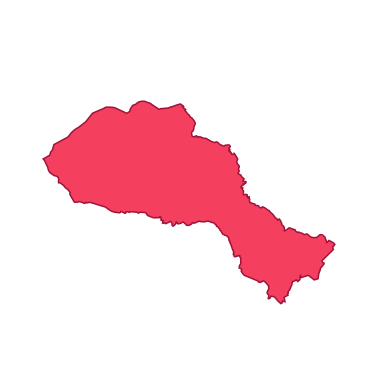 Posaga, Alba, Romania, rotated 17°
{"feature_id": "2599482B27316510351450", "entity_name": "Posaga", "entity_type": "district", "adm_level": 2, "iso_a3": "ROU", "parent_name": "Romania", "parent_adm1": "Alba", "projection": "mercator", "projection_center": [23.36, 46.459], "detail": "fine", "context": "isolated", "style": "filled", "palette": "rose", "viewbox_px": 384, "rotation_deg": 17, "n_neighbors": 0, "source": "geoboundaries", "source_scale": "gbopen_adm2", "svg_char_len": 6066}
<svg xmlns="http://www.w3.org/2000/svg" viewBox="0 0 384 384"><g transform="rotate(17 192 192)"><path d="M334.7,240.3L337.9,238.1L337.1,232.9L337.4,229.1L337.1,227.6L339.3,222.2L339.0,221.3L337.5,221.3L336.4,219.8L344.0,205.6L342.8,204.2L342.9,203.3L342.7,203.1L343.4,202.2L343.9,200.3L343.1,200.0L342.5,199.4L337.2,198.2L335.8,200.9L332.2,196.2L330.1,195.2L328.5,194.9L327.1,195.3L326.5,195.9L325.9,197.0L324.5,199.0L322.0,200.0L319.8,200.3L318.5,200.3L314.6,198.5L313.7,198.7L311.9,199.9L311.6,199.9L309.4,199.2L307.5,199.5L306.1,199.1L305.5,199.2L304.9,199.7L304.2,199.5L303.9,199.6L302.8,199.4L302.0,198.4L301.4,197.9L300.3,198.3L299.6,197.9L299.0,198.3L298.4,198.0L296.6,197.8L295.4,197.8L293.4,200.6L291.8,202.2L291.6,202.0L290.9,199.4L289.9,198.2L289.3,197.8L287.6,197.1L286.9,195.6L285.7,194.7L285.5,194.0L285.0,193.4L283.3,192.3L282.3,193.9L281.8,193.7L280.8,192.6L279.4,192.4L277.0,190.6L275.0,189.3L273.8,188.9L272.3,188.1L271.3,187.2L270.1,187.2L266.8,186.0L264.4,185.5L263.5,185.8L262.9,186.8L261.9,187.2L260.6,186.6L259.6,185.7L257.8,185.9L257.6,186.1L257.0,186.2L256.4,186.1L255.7,185.2L250.5,185.1L250.2,184.7L250.1,184.3L249.5,183.7L249.3,181.9L248.5,181.3L248.1,179.9L247.8,180.1L247.7,181.2L247.1,181.1L246.9,180.3L245.8,180.1L245.9,179.2L245.4,178.4L244.5,178.4L242.2,179.6L241.5,178.5L241.1,176.1L239.4,175.0L239.5,173.5L239.2,173.1L237.7,173.5L237.5,173.2L237.8,172.7L237.5,171.8L238.7,170.8L239.1,169.9L238.7,169.4L239.8,169.1L239.8,168.4L240.7,168.0L240.8,166.6L240.3,166.3L237.9,167.0L237.6,166.8L237.6,166.1L238.0,164.2L237.1,163.7L235.7,163.4L233.7,161.5L230.9,161.0L230.5,160.3L231.0,159.0L230.9,157.8L230.3,157.4L229.7,156.5L229.9,154.0L228.9,152.7L227.3,152.0L225.8,149.8L226.1,147.1L222.2,143.5L221.0,142.8L221.0,143.4L220.7,143.8L219.1,144.1L218.1,143.6L217.8,142.8L216.8,142.7L216.8,142.0L216.7,141.9L215.5,142.1L215.1,141.7L215.8,140.4L215.8,140.2L215.3,139.8L214.7,139.8L214.6,138.9L215.3,137.7L215.3,137.3L215.1,137.0L213.6,136.1L210.0,137.6L209.4,138.7L208.6,138.9L206.9,138.5L205.2,138.6L202.1,137.0L200.5,137.0L199.1,138.2L194.4,137.8L192.8,137.2L191.8,137.2L190.2,136.6L187.1,137.2L184.7,136.9L183.2,136.9L182.3,137.2L182.1,137.9L181.4,138.0L180.1,137.0L179.8,137.0L179.6,137.5L179.2,137.4L178.9,137.6L178.7,137.8L178.6,138.4L177.8,138.4L177.3,138.7L176.0,138.7L175.1,137.5L174.3,135.5L174.6,133.9L175.3,133.0L175.1,130.3L174.8,129.4L174.9,127.9L175.2,126.9L175.1,125.8L175.0,125.3L174.1,124.1L173.6,123.6L170.4,121.3L168.5,120.8L166.6,119.1L165.0,118.6L163.3,117.2L161.8,116.4L161.4,116.1L161.8,114.8L159.9,114.6L159.3,113.6L159.2,113.1L158.0,113.3L158.1,112.9L158.0,112.7L158.2,112.2L157.5,112.0L155.2,111.2L152.6,112.8L147.8,116.4L146.7,116.9L144.8,118.6L137.6,121.5L136.4,122.6L127.4,119.9L126.8,119.5L119.8,119.1L117.2,120.0L116.0,120.6L113.9,122.3L112.2,124.9L110.0,126.4L109.8,126.9L108.8,130.4L108.7,131.8L108.9,133.1L106.7,135.8L93.6,134.0L90.8,134.3L86.1,135.6L84.7,136.2L82.7,138.3L79.0,141.3L73.8,145.8L69.8,156.0L64.7,163.2L61.6,166.7L59.3,170.5L57.3,175.7L46.1,187.0L46.2,192.8L45.1,195.3L45.3,198.3L40.0,203.9L41.3,204.6L43.6,207.0L46.7,210.4L48.3,213.1L50.0,214.7L52.4,215.7L55.3,216.6L57.4,216.5L58.5,216.6L59.2,216.9L60.7,218.2L61.3,221.3L61.7,222.2L62.2,222.2L63.3,221.7L67.9,223.6L68.4,224.1L70.2,225.2L71.6,225.5L73.9,226.8L75.9,228.6L75.7,229.4L76.3,230.5L76.9,230.9L79.1,233.1L79.8,233.5L81.6,235.5L82.9,236.1L86.1,234.9L86.5,234.4L87.8,234.0L92.4,234.3L93.0,234.1L93.5,233.0L94.0,232.9L94.6,233.1L95.4,232.9L96.1,232.3L97.8,231.7L113.6,231.7L117.8,233.2L120.8,233.9L122.0,233.9L123.4,234.0L127.8,233.3L128.7,233.1L129.3,232.7L129.5,232.2L129.5,231.4L131.1,231.4L133.7,232.0L134.4,231.9L134.8,231.3L134.7,230.4L136.2,229.7L138.2,229.8L139.0,228.8L145.4,227.4L146.4,227.8L147.1,227.8L148.4,226.4L150.1,226.2L152.4,225.4L154.6,225.7L155.2,226.4L155.5,226.4L155.7,227.0L156.8,227.5L162.0,227.9L164.2,227.6L164.8,226.9L165.8,227.0L167.1,226.3L168.2,226.2L168.4,225.0L169.0,224.8L169.7,225.4L170.0,226.0L170.0,226.6L170.7,227.2L170.5,227.7L170.6,228.0L172.8,227.9L172.6,229.1L173.0,229.8L172.9,230.3L173.8,230.4L174.7,229.6L175.6,229.6L175.8,229.9L176.7,229.7L177.1,229.0L178.6,227.9L179.6,226.6L180.2,226.4L181.8,227.6L182.5,228.7L182.4,229.3L183.2,230.0L183.7,230.2L184.1,230.0L184.8,229.1L185.6,227.4L185.9,226.3L185.6,225.3L185.7,225.2L186.2,225.3L187.5,226.5L188.1,226.5L190.5,225.2L191.7,223.6L192.7,223.4L195.3,224.6L196.7,225.5L197.4,225.1L197.7,225.2L199.0,224.7L201.0,222.7L201.4,221.2L202.6,221.3L203.7,220.9L206.1,218.9L206.6,218.1L208.5,217.7L209.5,217.8L210.4,217.4L212.8,216.9L214.6,215.6L215.4,215.3L217.7,215.0L218.4,215.4L219.4,215.2L220.0,215.4L221.1,215.1L222.8,215.5L223.1,215.9L224.9,216.5L225.2,217.3L225.7,217.7L226.4,217.5L227.4,218.0L228.1,218.7L229.1,219.2L229.9,220.2L230.5,220.5L232.6,222.3L233.0,222.8L234.0,223.4L234.9,223.4L236.1,223.8L237.9,223.7L240.3,224.9L241.1,226.4L241.2,227.0L242.0,227.9L242.7,228.0L243.0,228.5L242.9,229.1L244.2,230.5L244.5,230.7L247.8,235.4L248.3,235.5L248.6,235.9L248.9,236.0L249.1,236.3L248.9,236.6L248.9,236.8L249.5,237.5L249.5,237.8L249.8,238.1L249.6,238.4L249.8,238.9L249.7,239.2L249.8,239.5L249.8,239.8L250.3,239.9L250.7,240.3L250.7,240.5L251.1,240.9L251.3,241.4L252.0,241.1L252.5,241.2L253.1,240.8L253.4,240.3L254.0,240.2L254.4,239.6L254.8,239.7L255.5,239.1L256.3,238.9L256.7,240.0L258.1,241.2L259.0,244.3L259.6,246.9L259.1,247.8L258.9,249.2L259.4,250.1L259.3,250.9L261.2,251.0L262.2,251.7L262.1,253.2L264.3,255.2L266.5,256.4L281.1,257.8L281.9,258.6L282.6,258.6L283.2,258.2L283.7,258.5L285.4,257.0L285.9,256.3L286.8,256.1L289.1,257.1L292.5,259.3L293.6,261.6L293.5,263.9L293.2,264.6L293.3,266.7L295.5,268.3L295.8,269.2L296.0,271.6L296.8,271.5L297.6,270.8L297.8,270.1L297.9,268.7L298.3,268.4L301.6,268.2L305.7,270.9L309.6,272.8L310.6,271.7L310.4,269.9L313.0,269.8L310.9,265.7L314.0,262.6L313.1,261.4L313.6,260.8L313.1,258.9L314.1,256.9L314.1,255.1L314.6,251.7L314.3,248.4L316.3,246.9L317.3,245.5L319.4,246.7L320.8,244.3L319.8,239.5L320.6,241.0L321.6,241.8L327.6,237.7L334.7,240.3Z" fill="#f43f5e" stroke="#9f1239" stroke-width="1.5"/></g></svg>